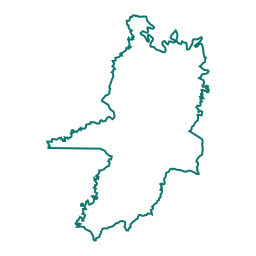 Nova Laranjeiras, Paraná, Brazil (Natural Earth projection)
{"feature_id": "56859067B29997737788268", "entity_name": "Nova Laranjeiras", "entity_type": "district", "adm_level": 2, "iso_a3": "BRA", "parent_name": "Brazil", "parent_adm1": "Paraná", "projection": "natural_earth1", "projection_center": [-52.589, -25.226], "detail": "fine", "context": "isolated", "style": "outline", "palette": "teal", "viewbox_px": 256, "rotation_deg": 0, "n_neighbors": 0, "source": "geoboundaries", "source_scale": "gbopen_adm2", "svg_char_len": 5788}
<svg xmlns="http://www.w3.org/2000/svg" viewBox="0 0 256 256"><path d="M111.7,72.3L112.8,73.1L113.4,76.7L112.3,78.6L109.9,85.4L109.3,86.5L109.5,88.0L110.3,88.9L109.3,91.1L109.5,93.3L108.0,94.6L105.4,95.8L102.5,99.3L101.9,101.0L108.2,104.7L109.3,107.4L110.9,110.0L113.3,111.4L113.9,112.7L114.6,116.5L113.6,118.2L112.6,119.2L109.5,116.9L108.2,117.1L107.2,117.8L106.5,119.3L105.2,121.0L102.4,121.5L101.5,120.2L100.4,120.6L99.8,121.7L99.5,123.4L97.7,123.7L94.6,122.5L92.1,122.1L90.6,122.3L90.5,123.7L86.1,124.7L85.9,127.3L84.5,128.7L82.3,128.6L80.6,129.6L79.2,129.9L77.5,130.7L76.9,132.0L75.5,131.5L73.9,132.3L73.4,130.2L72.1,130.1L71.4,131.5L71.9,133.3L70.9,133.5L71.5,134.6L71.6,135.9L71.1,137.1L69.6,137.6L68.1,138.8L67.3,137.6L66.3,137.9L64.8,137.4L65.1,140.9L63.0,141.0L62.8,139.3L61.2,139.3L61.0,137.7L59.6,137.8L56.7,139.6L53.1,138.9L51.9,139.5L51.8,141.7L47.3,141.6L48.0,143.4L49.1,144.6L49.7,146.0L48.5,146.5L48.5,148.0L100.8,148.7L102.1,149.8L103.2,150.0L105.2,151.2L105.9,152.7L107.9,154.7L109.5,155.8L111.7,156.3L111.2,159.4L109.1,159.4L108.3,161.2L109.5,161.9L109.5,163.6L108.9,165.9L106.2,167.1L103.8,169.4L100.4,170.6L99.2,170.5L99.1,173.2L96.2,176.0L98.5,176.6L98.0,178.9L96.6,178.3L95.8,179.9L94.4,178.5L94.5,180.1L96.9,183.1L96.5,185.1L95.0,185.2L94.9,186.5L93.9,187.6L95.9,188.3L94.7,190.6L95.0,192.1L97.2,193.2L95.7,196.2L96.8,197.0L97.4,198.1L96.1,199.2L95.0,198.2L93.3,196.0L92.1,196.3L93.3,197.4L93.9,198.7L94.0,200.1L93.6,201.9L93.0,203.0L89.4,204.7L88.6,203.6L88.3,201.6L87.7,200.5L86.1,202.0L86.0,203.8L85.1,205.4L83.9,205.9L85.1,207.3L85.9,209.1L82.9,209.0L83.5,212.5L82.4,213.8L84.1,214.3L85.0,215.2L84.7,216.9L83.6,218.3L83.3,220.7L82.2,220.6L82.6,218.8L80.0,216.8L78.5,220.1L77.0,220.8L76.5,222.4L75.6,223.5L76.3,224.5L78.6,223.4L80.3,224.0L78.2,225.3L77.1,226.9L78.9,226.9L80.0,226.5L83.9,226.9L85.3,229.2L86.8,229.6L88.4,230.7L90.4,231.3L92.6,235.1L93.5,237.6L93.4,239.1L94.4,240.6L95.9,240.1L96.1,238.3L99.2,237.0L99.9,234.7L100.9,233.3L101.1,231.8L102.5,228.8L103.8,228.5L107.7,228.3L108.7,227.3L112.7,226.4L116.2,223.2L117.7,223.2L119.9,221.5L121.4,221.1L124.1,221.4L125.1,222.3L125.2,224.5L124.5,226.6L126.5,230.4L128.1,230.5L129.1,228.1L130.7,227.1L130.3,225.4L130.9,224.0L132.9,221.8L134.0,221.3L136.1,219.3L137.2,219.0L138.9,215.1L140.3,214.8L142.2,215.9L143.8,215.7L145.0,215.1L146.6,215.0L147.7,213.4L149.0,213.7L150.6,213.5L152.0,214.3L150.9,209.9L152.5,209.4L153.2,208.0L152.1,206.8L155.5,203.4L156.9,202.7L157.3,201.1L158.9,200.1L159.2,198.0L160.4,197.5L160.7,196.2L160.4,194.6L161.5,193.4L162.1,191.7L161.9,190.1L160.5,190.0L161.0,188.5L162.0,188.0L160.3,184.1L161.7,183.5L162.9,184.5L164.6,183.8L164.4,180.6L163.9,179.2L165.0,177.8L165.8,175.9L165.8,174.3L166.4,172.6L168.7,171.8L170.0,169.3L171.2,168.7L172.5,169.4L173.8,168.6L176.3,169.7L180.5,170.1L184.6,171.7L187.2,171.4L188.7,170.6L190.2,170.7L194.2,172.4L197.1,174.2L198.7,173.9L198.2,172.2L197.1,170.7L197.4,168.6L196.9,167.2L197.9,165.5L198.1,163.0L196.5,161.8L196.6,160.5L197.4,158.9L199.0,156.8L202.2,154.5L202.4,150.9L202.9,149.9L202.4,148.8L202.7,146.9L202.0,143.9L202.6,142.9L202.5,140.6L201.9,139.0L189.5,131.2L190.6,130.7L191.6,129.1L191.7,127.7L192.2,126.6L194.1,125.2L194.7,123.2L195.6,122.0L197.7,120.5L198.2,118.3L198.0,116.3L197.5,115.0L198.5,114.6L201.3,115.4L201.9,114.0L202.2,111.8L200.6,110.9L199.4,111.6L198.4,111.8L198.6,109.5L196.3,107.3L197.4,105.6L198.9,106.0L200.4,105.6L200.6,104.0L200.1,102.3L202.0,101.5L201.5,100.5L200.4,99.4L200.5,98.2L200.0,96.9L201.1,96.9L201.8,98.3L203.4,98.3L202.3,96.6L202.4,94.9L201.2,95.3L201.0,93.8L202.5,93.3L201.6,90.0L203.6,90.1L204.9,91.2L206.6,90.4L207.1,92.3L208.3,92.0L208.7,90.8L208.7,89.5L207.4,88.7L207.9,86.9L206.2,87.7L206.6,85.9L203.0,87.0L202.4,85.6L204.0,83.6L204.0,82.2L203.4,80.2L199.1,78.1L201.0,76.9L201.7,74.7L203.2,74.1L206.0,73.8L207.7,72.9L208.5,71.2L207.7,70.3L204.2,69.9L199.8,66.3L201.0,65.5L203.3,62.8L204.9,62.1L205.1,59.7L205.9,57.7L204.3,57.1L204.2,55.3L203.6,53.8L203.2,49.6L202.3,45.4L201.7,44.2L200.7,43.7L199.0,44.2L197.4,46.4L195.7,46.9L194.8,45.6L198.0,43.4L200.5,41.1L202.0,38.8L201.4,37.2L198.2,39.0L196.4,39.4L193.4,39.4L192.6,40.7L192.6,42.8L191.6,45.0L189.2,49.1L187.9,49.6L186.9,49.1L186.8,44.8L186.1,42.9L183.2,42.3L182.2,41.3L181.0,44.0L179.3,43.7L178.0,42.9L177.0,41.6L176.4,39.7L177.3,36.6L177.5,35.0L176.8,32.6L175.7,30.5L171.4,35.4L170.6,37.1L171.3,38.6L174.3,40.0L175.2,42.0L173.8,42.5L172.2,42.3L170.8,41.5L169.0,41.5L167.9,44.4L166.6,43.7L165.5,41.9L164.4,41.1L163.3,41.4L162.3,42.8L162.3,44.2L165.2,47.9L165.7,49.7L165.1,51.9L163.6,52.4L162.2,51.9L160.2,50.7L157.6,50.1L155.8,49.2L153.8,46.9L151.5,46.8L150.5,46.2L150.4,44.7L151.0,42.5L152.9,40.1L153.0,38.6L152.3,37.6L150.7,36.5L148.9,34.8L147.8,35.2L148.1,38.4L148.9,40.0L148.5,41.7L147.1,40.9L144.7,36.4L143.6,35.5L141.7,34.8L140.6,33.1L142.8,31.2L146.4,32.7L147.5,32.7L148.1,31.5L148.2,29.6L147.3,28.6L147.5,27.4L150.3,27.9L151.4,28.6L153.0,28.7L154.1,27.6L153.3,26.1L150.4,24.5L149.4,22.9L148.3,22.3L147.2,20.5L146.2,16.7L144.1,16.5L138.6,16.8L137.2,15.7L135.9,16.2L134.7,15.4L132.8,15.4L131.9,17.1L130.4,16.9L129.9,18.0L129.8,19.6L128.4,20.9L126.7,20.7L127.0,24.3L128.7,25.6L128.5,27.1L129.6,29.3L131.8,30.6L130.3,31.7L132.3,35.4L133.3,35.6L133.8,37.0L132.0,37.6L133.2,39.3L132.1,39.6L129.4,39.4L128.9,41.1L129.6,44.8L128.5,46.5L130.7,47.0L128.7,48.7L126.3,48.1L126.3,49.5L125.1,50.9L123.1,52.4L121.7,52.8L120.4,53.7L121.4,54.3L122.0,55.6L120.3,55.5L119.4,56.7L118.5,57.3L115.4,57.8L115.7,60.0L114.6,61.0L112.7,61.0L113.4,62.5L114.2,63.5L113.3,65.5L112.4,66.3L113.6,67.2L115.0,69.2L113.4,69.6L113.1,71.4L111.7,72.3ZM83.9,205.9L83.0,204.3L82.2,203.4L81.1,204.3L81.0,205.7L83.9,205.9ZM129.4,39.4L128.7,38.0L128.1,39.4L129.4,39.4ZM80.6,129.6L80.7,128.0L79.7,128.6L80.6,129.6Z" fill="none" stroke="#0f766e" stroke-width="2"/></svg>